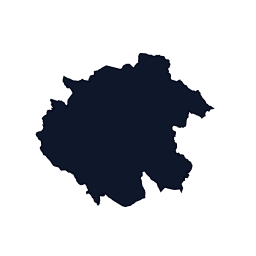 outline of Tu Mo Rong, Kon Tum, Vietnam, rotated 311°
{"feature_id": "81297802B16541954250717", "entity_name": "Tu Mo Rong", "entity_type": "district", "adm_level": 2, "iso_a3": "VNM", "parent_name": "Vietnam", "parent_adm1": "Kon Tum", "projection": "equal_earth", "projection_center": [107.945, 14.888], "detail": "fine", "context": "isolated", "style": "filled", "palette": "ink", "viewbox_px": 256, "rotation_deg": 311, "n_neighbors": 0, "source": "geoboundaries", "source_scale": "gbopen_adm2", "svg_char_len": 5806}
<svg xmlns="http://www.w3.org/2000/svg" viewBox="0 0 256 256"><g transform="rotate(311 128 128)"><path d="M52.8,81.8L53.5,83.0L53.5,83.6L53.7,84.4L53.3,85.5L52.9,87.5L52.9,89.0L52.4,91.9L51.2,95.8L51.2,96.4L51.6,97.7L53.1,100.5L53.3,101.3L53.3,102.5L52.6,104.7L52.8,105.4L53.5,105.9L55.5,108.0L55.8,109.2L56.1,109.6L55.8,110.4L55.9,112.0L56.6,112.8L57.2,113.8L57.1,115.0L57.6,116.0L57.4,116.9L58.0,117.9L56.9,119.0L56.9,119.6L56.1,120.8L56.1,122.8L55.1,123.5L54.8,124.1L54.5,125.1L54.5,126.1L54.1,126.9L54.3,129.3L55.1,129.8L55.9,130.8L57.2,130.7L58.2,132.8L58.1,133.3L57.8,133.8L57.5,135.4L56.7,136.0L56.7,136.8L56.3,137.1L56.0,138.2L55.6,138.9L54.2,139.5L52.5,138.9L51.8,139.9L53.0,140.2L53.3,140.9L53.7,142.5L53.3,145.3L52.5,146.4L52.6,148.1L52.2,148.7L52.2,149.2L51.0,150.6L50.9,152.2L51.5,153.9L50.4,155.3L50.5,155.8L51.0,155.8L51.6,155.4L52.5,155.5L52.6,155.1L52.3,154.0L52.4,153.7L52.7,153.8L53.2,154.6L54.5,154.1L57.7,150.8L59.2,151.4L59.5,151.9L59.7,152.8L60.0,152.9L60.4,152.8L60.7,153.7L61.0,153.6L61.5,152.7L61.9,152.7L62.0,153.9L62.4,153.6L63.9,154.2L64.1,155.1L63.7,155.7L63.8,157.0L63.5,158.6L64.3,162.3L64.0,163.0L66.0,175.0L66.5,175.8L66.9,177.0L67.3,177.5L69.1,178.6L71.4,180.4L73.9,180.8L74.9,181.4L75.8,181.4L78.0,181.9L82.5,184.2L83.9,184.3L86.4,186.1L87.1,185.3L90.2,183.0L91.7,180.9L91.8,180.6L91.6,180.1L92.5,178.7L93.0,176.7L95.9,173.2L96.3,173.1L96.6,172.2L97.0,172.1L97.2,171.7L97.4,170.5L97.8,170.1L99.8,169.2L100.7,169.8L101.3,169.8L102.7,168.4L103.8,166.9L106.6,168.3L106.6,169.7L105.9,172.3L105.7,175.6L105.8,177.2L105.3,177.8L104.9,178.8L105.0,180.1L105.4,181.8L105.7,182.3L105.4,183.5L105.7,184.7L105.7,186.4L105.1,187.1L105.1,187.8L104.6,188.0L104.4,188.7L103.7,189.3L103.6,190.4L101.9,194.2L106.7,194.3L107.9,194.7L108.8,196.9L111.8,202.5L113.2,204.2L116.5,207.1L115.2,209.8L118.3,208.5L120.4,204.4L124.6,204.0L125.7,204.7L126.7,203.6L128.0,202.6L129.4,205.0L130.0,205.1L130.8,204.9L131.3,204.3L132.1,204.6L132.5,203.6L132.4,202.4L132.5,201.6L132.9,200.9L134.3,202.7L134.9,202.9L138.2,202.5L141.4,200.9L141.7,200.4L142.0,199.1L142.6,198.6L142.8,197.6L142.8,196.8L142.2,195.3L142.8,194.4L142.8,193.6L142.7,193.1L142.0,192.2L141.9,191.9L142.5,190.7L142.5,189.5L143.1,188.7L143.5,187.8L143.0,186.4L142.1,185.4L141.2,184.9L141.2,184.2L141.9,183.7L142.0,182.8L141.8,182.6L141.1,182.7L140.9,182.4L140.4,181.1L140.5,180.3L141.0,179.6L141.4,178.5L142.8,177.7L143.7,177.6L145.0,177.2L147.6,174.9L147.7,174.1L147.3,172.6L148.0,171.2L148.7,171.0L148.9,170.0L149.4,169.3L150.2,169.0L150.5,168.4L151.3,167.8L151.8,167.9L152.5,168.6L153.0,168.0L154.2,167.6L155.7,166.5L155.9,165.9L155.3,165.1L155.3,163.6L155.0,162.8L156.9,160.6L157.5,160.2L159.7,160.2L160.5,160.7L161.8,163.4L162.3,163.9L162.3,164.3L161.9,165.1L162.4,165.6L162.7,166.6L163.0,166.9L163.8,166.9L164.5,167.9L164.6,168.5L165.2,169.1L165.6,169.0L167.2,169.8L168.3,169.2L172.2,166.4L172.9,166.1L173.4,165.6L173.8,165.5L174.8,165.9L175.4,165.9L176.0,165.6L177.3,164.1L178.4,164.1L179.2,163.1L180.7,163.1L181.0,163.8L181.1,166.5L182.4,167.1L182.5,168.7L183.2,169.9L183.3,171.4L184.1,172.6L184.1,173.7L184.6,174.6L184.3,177.0L186.6,177.3L187.7,177.9L188.9,176.4L189.3,176.2L191.2,175.6L192.7,175.8L193.7,176.2L193.9,177.6L194.1,177.8L197.0,177.3L197.5,178.5L198.6,179.2L198.3,177.7L198.4,176.5L197.3,174.5L197.6,172.6L197.3,170.7L198.5,168.5L199.1,163.8L199.9,162.1L199.8,160.9L201.3,159.5L201.5,159.0L201.5,157.6L202.0,156.6L201.6,155.9L200.2,155.9L199.6,155.5L199.3,155.1L199.0,153.6L197.8,152.4L197.0,147.0L197.8,144.5L197.6,143.8L197.2,143.3L197.1,141.8L197.3,140.2L197.8,138.7L197.9,137.7L197.8,137.3L197.0,136.7L197.7,136.2L197.9,135.8L194.4,134.4L193.9,132.4L193.3,131.4L192.9,130.3L192.3,129.7L192.3,129.4L192.6,128.2L193.4,126.6L194.3,126.3L195.2,125.6L195.9,124.6L196.1,123.8L195.6,122.4L195.7,121.9L195.9,121.7L196.8,121.5L197.5,120.8L197.9,119.6L198.1,118.3L200.6,118.9L203.4,117.7L203.7,117.2L203.8,116.2L204.2,115.7L205.5,114.8L205.6,113.8L203.9,111.6L203.9,111.1L204.4,110.4L204.2,109.5L204.9,109.1L205.1,108.3L204.4,107.1L203.9,106.6L203.5,105.8L203.1,105.6L203.2,104.0L201.9,103.5L201.9,102.9L201.6,102.2L200.1,101.7L198.8,100.6L198.2,99.4L198.2,98.4L197.9,97.8L196.8,96.6L196.2,95.8L195.7,93.7L195.2,92.6L192.2,88.7L191.2,88.6L189.3,89.2L186.7,91.6L185.7,92.0L184.9,93.4L183.9,93.4L182.1,92.8L181.0,93.0L179.9,92.7L178.9,93.2L177.2,93.4L176.6,92.3L176.7,91.8L176.5,91.1L176.8,87.3L175.5,86.1L175.0,85.2L174.0,85.0L172.5,84.2L171.4,84.1L169.4,84.9L167.1,84.1L160.5,71.1L156.3,69.4L154.8,69.2L152.6,68.2L151.2,68.1L150.4,67.2L148.5,65.9L147.8,66.7L145.0,68.4L144.3,67.0L142.8,65.9L141.6,66.0L141.0,66.6L139.2,66.8L138.6,67.6L138.1,67.9L137.4,67.8L137.2,67.1L136.1,66.3L135.8,65.3L134.7,63.6L134.6,61.8L133.6,61.5L132.9,61.6L132.2,60.9L130.9,60.4L130.0,60.3L130.2,59.7L130.1,59.4L129.4,59.1L129.1,58.0L128.0,56.7L127.3,55.6L126.4,51.8L125.8,50.9L125.2,49.0L124.7,46.2L122.2,47.5L120.9,48.5L120.4,50.7L119.5,51.9L119.5,52.9L119.7,54.2L119.0,54.6L118.8,55.4L119.1,56.3L119.9,56.4L120.4,57.3L120.0,60.3L119.6,61.0L119.5,61.9L118.4,64.0L110.1,64.6L109.1,65.3L108.4,65.5L106.9,67.1L103.5,68.2L104.1,67.0L104.0,64.7L104.8,63.5L104.6,61.9L104.3,61.1L104.3,60.1L103.5,59.5L103.0,57.9L101.7,57.7L99.0,51.3L98.1,51.7L98.0,52.2L98.4,53.0L97.7,53.4L96.9,55.2L96.1,54.7L95.6,54.9L95.3,56.3L94.8,57.4L94.8,58.5L93.8,59.6L93.4,59.3L92.9,58.2L92.2,59.4L90.8,58.9L90.2,58.3L89.6,57.0L88.0,56.2L87.3,56.9L86.5,57.0L85.8,58.0L85.4,58.2L83.9,58.1L83.0,57.6L82.2,57.4L80.5,57.1L79.2,57.3L79.0,57.5L78.7,58.5L78.3,59.3L77.1,60.3L75.5,63.0L74.6,62.1L74.2,63.0L73.2,64.5L71.1,65.2L69.5,65.2L67.9,64.8L67.3,64.4L66.5,63.5L65.3,63.0L64.9,62.6L63.1,63.0L62.4,64.4L62.4,66.1L61.7,67.1L61.3,68.2L61.7,70.2L61.5,71.2L58.2,74.8L55.9,74.8L55.4,75.3L54.6,76.7L53.7,80.4L52.8,81.8Z" fill="#0f172a" stroke="#020617" stroke-width="1.5"/></g></svg>